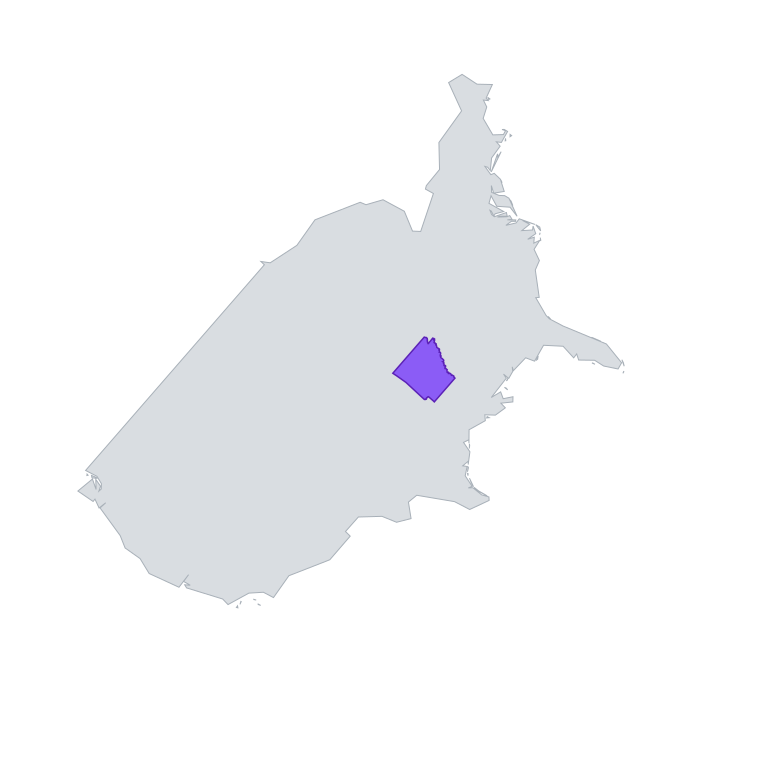 where Arkansas sits in United States of America, rotated 311°
{"feature_id": "USA-3528", "entity_name": "Arkansas", "entity_type": "State", "adm_level": 1, "iso_a3": "USA", "parent_name": "United States of America", "parent_adm1": "", "projection": "equal_earth", "projection_center": [-91.2, 34.755], "detail": "fine", "context": "in_parent", "style": "filled", "palette": "violet", "viewbox_px": 768, "rotation_deg": 311, "n_neighbors": 0, "source": "natural_earth", "source_scale": "10m", "svg_char_len": 7133}
<svg xmlns="http://www.w3.org/2000/svg" viewBox="0 0 768 768"><g transform="rotate(311 384 384)"><path d="M602.3,267.0L641.0,263.4L653.9,235.0L668.9,239.8L671.3,257.5L681.1,269.3L666.8,273.5L666.3,276.8L663.5,272.7L660.5,279.8L649.5,284.6L643.4,302.7L650.6,310.5L654.9,309.5L653.5,306.1L655.0,307.7L655.7,311.6L643.3,314.1L640.5,309.9L639.7,315.6L625.2,316.9L614.8,324.2L615.6,320.0L614.4,317.4L612.1,327.3L615.3,329.0L614.9,337.5L608.2,348.4L600.0,341.6L604.2,334.8L599.2,339.5L601.8,347.1L605.3,351.5L606.2,356.4L597.9,374.4L600.1,363.1L592.1,352.5L596.3,341.3L589.2,344.7L592.7,361.2L585.4,356.2L582.9,356.7L584.9,351.5L584.6,350.0L582.5,354.0L582.6,357.5L593.7,363.9L591.5,366.9L586.3,361.1L584.4,360.1L590.9,367.1L593.6,368.4L592.3,372.6L588.8,369.4L594.3,375.8L593.1,376.6L590.4,373.4L583.7,371.9L592.2,378.0L597.4,377.7L603.5,393.3L598.3,381.3L600.1,389.1L590.2,387.4L597.7,395.1L601.0,392.9L597.0,399.9L587.5,397.5L593.4,401.1L588.6,404.6L594.6,407.3L584.1,408.9L579.1,420.3L569.3,423.4L551.2,444.3L548.7,441.9L542.1,461.3L541.7,466.1L545.2,481.0L560.1,525.6L555.9,549.4L548.9,550.8L541.7,538.0L540.1,527.4L529.8,515.2L533.1,509.7L528.2,510.0L530.0,494.4L517.9,479.0L500.0,482.6L496.7,473.7L478.9,472.9L481.1,469.5L478.0,472.9L470.0,474.5L469.9,467.7L468.6,472.5L444.2,473.8L454.6,477.2L451.1,483.6L459.0,489.7L455.0,493.0L446.2,484.8L445.6,491.2L433.6,488.5L426.9,480.3L422.8,484.5L405.3,478.2L395.0,487.0L397.6,484.6L392.1,482.3L389.2,493.3L378.4,500.4L380.9,498.2L373.9,497.1L376.3,500.8L368.0,505.5L364.6,517.7L360.9,515.8L364.0,519.1L364.4,530.4L367.6,537.3L365.1,539.7L345.5,531.0L341.5,514.4L321.5,481.7L310.9,479.9L300.2,492.7L287.9,484.2L282.8,469.3L266.8,451.9L247.4,451.7L247.0,458.3L215.8,458.4L176.9,438.0L150.3,440.7L147.7,429.6L137.5,419.2L115.2,411.0L115.9,403.3L100.6,368.8L101.7,365.3L105.0,369.8L103.5,362.3L111.9,361.6L96.1,362.6L86.9,331.1L92.2,314.5L90.4,296.2L96.5,284.4L104.2,251.0L111.8,251.9L103.5,250.3L107.5,241.4L104.5,241.5L102.4,223.2L121.0,226.3L115.5,235.9L122.9,229.1L120.9,237.1L116.1,239.1L119.3,239.5L123.4,236.1L126.0,227.9L123.0,215.5L395.5,215.5L395.7,210.7L400.8,218.6L431.5,227.3L462.6,224.2L505.5,246.8L507.5,252.8L522.4,262.4L527.7,286.0L518.1,305.2L523.2,311.6L560.2,296.3L558.3,287.4L561.5,285.8L582.3,285.2L602.3,267.0ZM629.9,321.0L636.2,320.0L614.4,325.8L632.2,318.7L629.9,321.0ZM123.1,223.2L124.7,228.3L124.4,229.1L121.6,225.2L123.1,223.2ZM367.3,535.3L364.9,525.4L365.1,519.7L365.4,525.6L367.3,535.3ZM668.4,274.2L668.6,276.9L667.5,276.4L668.4,274.2ZM427.1,483.2L427.6,485.5L425.7,483.7L427.1,483.2ZM123.2,419.9L126.0,418.6L126.1,419.0L123.2,419.9ZM120.5,419.0L119.2,420.6L118.5,419.2L120.5,419.0ZM649.1,314.6L647.5,316.3L647.0,315.9L649.1,314.6ZM366.8,514.5L365.2,519.0L369.0,510.3L366.8,514.5ZM555.7,510.7L558.5,519.6L555.2,509.9L555.7,510.7ZM136.1,427.0L137.1,429.3L135.9,427.2L136.1,427.0ZM557.1,550.7L555.0,553.6L558.4,547.6L557.1,550.7ZM604.6,398.6L602.3,401.8L603.8,394.0L604.6,398.6ZM121.2,219.0L121.0,220.5L120.0,219.8L121.2,219.0ZM376.3,502.6L372.5,504.6L376.5,502.0L376.3,502.6ZM655.1,315.4L655.2,317.4L653.3,316.9L655.1,315.4ZM135.4,433.4L136.0,436.2L135.0,433.7L135.4,433.4ZM371.5,506.3L369.9,507.5L371.3,505.7L371.5,506.3ZM605.4,359.9L603.2,364.2L605.7,358.2L605.4,359.9ZM393.8,489.0L391.3,490.7L394.9,487.7L393.8,489.0ZM542.7,463.6L542.3,467.2L542.0,464.7L542.7,463.6ZM595.5,407.8L594.7,408.5L597.0,405.9L595.5,407.8ZM506.4,481.9L503.5,483.7L502.2,483.4L506.4,481.9ZM468.9,473.9L468.3,474.5L466.6,474.4L468.9,473.9ZM536.8,527.7L537.3,530.3L536.3,527.2L536.8,527.7ZM461.1,478.9L460.7,481.2L460.5,477.1L461.1,478.9ZM550.4,557.0L548.8,557.3L551.1,556.5L550.4,557.0ZM614.4,339.0L613.4,341.1L614.7,338.1L614.4,339.0ZM600.5,402.5L599.5,403.3L599.2,403.2L600.5,402.5Z" fill="#d9dde1" stroke="#a8b0b8" stroke-width="1"/><path d="M444.3,405.0L444.7,405.5L444.7,406.1L444.3,406.6L443.8,407.0L442.6,407.5L442.5,407.9L442.6,408.2L442.7,408.5L442.5,408.8L442.2,408.9L441.8,408.7L441.6,408.7L441.5,409.0L441.3,409.5L441.2,410.1L441.4,411.1L441.3,412.4L441.3,412.9L441.2,413.3L440.9,413.7L440.5,413.9L440.2,414.0L439.8,414.1L439.6,414.1L439.4,413.9L439.4,414.0L439.4,414.3L439.5,414.6L439.5,414.8L439.3,415.2L439.3,415.3L439.2,415.4L438.8,415.3L438.7,415.3L438.3,416.4L438.1,416.5L437.4,417.0L437.3,417.5L438.1,418.0L438.1,418.5L438.0,418.8L437.8,418.9L437.6,418.9L437.3,418.9L437.1,419.0L436.6,419.2L436.5,419.3L435.9,419.5L435.8,419.8L436.1,419.9L436.2,420.0L436.4,420.4L436.3,420.8L436.1,421.1L436.1,421.6L436.2,421.8L436.3,422.1L436.2,422.4L435.8,422.5L435.6,422.5L435.3,422.8L435.2,422.9L435.1,423.0L434.7,423.6L434.5,423.8L434.3,423.9L434.3,424.0L434.5,424.3L435.0,424.5L435.2,425.1L435.1,425.4L434.9,425.5L434.7,425.6L434.4,425.6L434.2,425.7L434.3,425.9L434.5,426.1L434.6,426.3L434.8,426.3L435.1,426.5L435.4,427.0L435.4,427.6L435.4,428.1L435.3,428.3L434.9,428.9L434.8,429.2L435.0,429.5L435.4,429.7L435.6,429.8L435.6,430.0L435.6,430.7L435.8,431.2L435.8,431.5L435.7,431.7L435.6,431.8L435.4,431.9L435.1,432.0L435.0,433.7L434.8,433.7L432.9,433.7L430.9,433.7L429.0,433.7L427.0,433.7L425.1,433.7L423.1,433.7L421.1,433.7L419.2,433.7L417.2,433.7L415.3,433.7L413.3,433.7L411.4,433.7L409.4,433.7L407.5,433.7L405.5,433.7L403.5,433.7L403.6,432.0L403.6,430.3L403.6,428.5L403.6,426.8L403.6,425.9L403.3,425.7L403.0,425.5L402.8,425.6L402.6,425.6L402.3,425.5L402.0,425.3L401.8,425.3L401.7,425.5L401.0,425.3L400.8,425.3L400.7,425.4L400.6,425.7L400.5,425.8L400.3,425.7L400.1,425.8L399.9,425.7L399.9,425.4L399.6,425.4L399.4,425.3L399.2,425.1L399.1,424.8L399.0,424.6L398.8,424.5L398.9,421.4L399.0,418.2L399.1,415.1L399.2,412.0L399.3,408.8L399.4,405.7L399.5,402.6L399.6,399.5L399.4,397.5L399.2,395.5L399.0,393.5L398.8,391.5L398.6,389.5L398.4,387.6L398.1,385.6L397.9,383.6L400.9,383.6L403.8,383.6L406.8,383.6L409.7,383.6L412.6,383.6L415.6,383.6L418.5,383.6L421.5,383.6L424.4,383.6L427.4,383.6L430.3,383.6L430.7,383.6L433.3,383.6L436.2,383.6L439.1,383.6L442.1,383.6L445.0,383.6L445.8,383.6L445.9,383.8L446.0,384.1L446.1,384.3L446.2,384.6L446.2,384.8L446.3,384.9L446.6,385.1L446.8,385.3L446.8,385.5L446.8,386.0L446.8,386.5L446.7,386.7L446.7,386.8L446.3,387.0L446.2,387.1L446.1,387.5L445.7,387.9L445.4,388.0L445.2,388.1L445.0,388.3L445.0,388.5L444.9,388.7L444.9,388.8L444.7,388.9L444.5,389.0L444.4,389.0L444.1,389.4L444.0,389.7L443.9,389.8L443.5,390.6L443.4,390.8L443.5,390.9L444.3,390.9L445.8,390.8L447.4,390.8L448.9,390.7L450.4,390.7L450.5,390.7L450.5,390.8L450.7,391.2L451.0,391.5L451.1,391.9L451.1,392.2L450.9,392.1L450.6,391.9L450.3,391.9L450.1,392.0L449.9,392.5L450.2,392.6L450.5,392.8L450.6,393.1L449.9,393.7L448.2,394.5L448.1,394.9L448.2,395.2L448.5,395.7L448.5,395.9L448.4,396.1L448.2,396.2L448.1,396.4L448.1,396.5L448.3,396.8L448.5,397.2L448.4,397.3L448.1,397.4L447.8,397.5L447.6,397.5L447.4,397.7L447.4,397.9L447.4,398.3L447.3,398.5L447.2,398.8L447.0,399.0L446.5,399.5L446.3,399.7L446.3,400.0L446.3,400.7L446.4,401.0L446.6,401.7L446.7,402.3L446.7,402.9L446.5,403.2L446.2,403.2L445.9,403.1L445.7,403.1L445.6,403.4L445.6,403.7L445.5,403.9L445.4,404.1L445.2,404.3L444.8,404.6L444.6,404.7L444.4,404.7L444.2,404.8L444.3,405.0Z" fill="#8b5cf6" stroke="#5b21b6" stroke-width="1.5"/></g></svg>